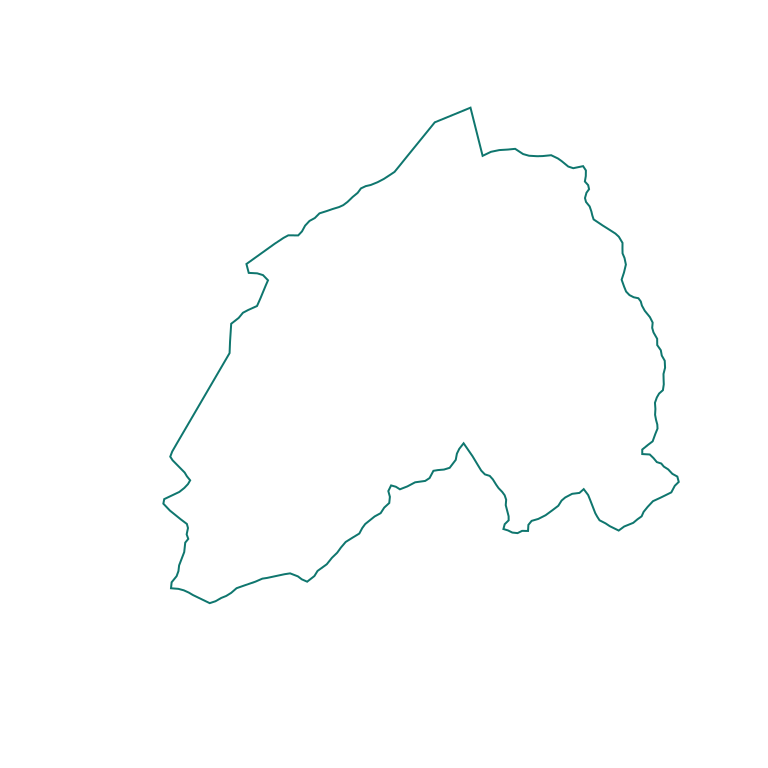 the district of Sucupira do Riachão, Maranhão, Brazil, rotated 68°
{"feature_id": "56859067B5688637877218", "entity_name": "Sucupira do Riachão", "entity_type": "district", "adm_level": 2, "iso_a3": "BRA", "parent_name": "Brazil", "parent_adm1": "Maranhão", "projection": "natural_earth1", "projection_center": [-43.453, -6.435], "detail": "fine", "context": "isolated", "style": "outline", "palette": "teal", "viewbox_px": 768, "rotation_deg": 68, "n_neighbors": 0, "source": "geoboundaries", "source_scale": "gbopen_adm2", "svg_char_len": 3225}
<svg xmlns="http://www.w3.org/2000/svg" viewBox="0 0 768 768"><g transform="rotate(68 384 384)"><path d="M556.3,250.7L558.2,243.6L556.3,238.2L563.4,236.3L568.9,236.3L582.9,236.5L586.9,236.0L591.1,235.2L596.2,230.8L600.4,227.9L607.8,221.3L606.1,214.7L606.1,209.4L606.1,204.9L604.4,199.7L603.2,194.7L599.8,191.2L596.7,185.6L593.4,178.5L593.0,170.4L592.6,164.7L592.1,158.2L587.3,152.5L585.2,147.4L579.7,146.7L575.3,150.3L569.6,152.5L565.4,155.5L561.6,156.7L558.6,160.3L553.6,161.9L548.9,164.0L545.7,170.8L541.5,169.1L539.4,162.3L537.8,156.4L531.8,151.0L527.8,147.1L524.0,145.8L519.1,145.2L514.1,144.2L508.8,141.7L502.9,139.8L498.7,136.1L495.9,132.5L494.2,127.7L489.1,124.7L484.4,123.0L479.4,121.1L474.2,117.3L467.6,115.0L461.7,115.8L456.4,114.7L450.3,116.1L444.4,113.8L437.1,114.8L432.4,114.3L427.7,111.9L421.6,112.4L413.8,114.8L407.9,115.5L403.7,115.0L399.8,116.0L397.1,120.0L393.5,123.1L389.0,124.9L383.6,124.9L376.3,124.6L370.5,119.7L363.9,115.0L357.3,113.8L352.3,113.9L347.6,112.1L342.5,110.0L335.4,111.1L331.2,113.1L323.6,118.5L318.9,121.9L309.9,128.0L305.7,127.7L301.8,127.1L296.4,126.8L290.9,128.5L286.9,128.0L282.5,124.6L280.2,120.9L276.1,120.2L271.5,121.9L266.8,119.0L261.6,116.8L256.6,117.8L254.8,127.7L251.4,131.7L243.7,135.9L240.0,138.3L234.5,143.3L232.1,151.5L230.2,156.6L226.7,164.0L222.9,168.9L215.1,174.3L213.0,181.4L210.3,189.5L208.8,197.8L209.4,207.1L160.2,200.3L160.4,238.9L182.1,278.2L187.9,288.6L191.3,294.8L192.5,300.7L193.8,307.3L194.5,314.4L194.5,321.8L193.7,326.8L194.0,332.1L196.9,336.8L198.8,342.9L201.5,349.6L202.9,354.8L203.1,359.4L202.5,366.2L202.2,372.1L201.6,379.9L204.2,386.0L204.9,392.0L207.6,397.8L211.8,402.9L214.1,407.9L212.0,412.9L210.3,417.1L210.9,422.5L213.0,432.8L221.2,466.6L230.3,467.8L233.9,460.1L237.7,455.4L244.4,452.7L248.0,456.4L253.7,462.0L258.2,466.4L264.1,472.5L264.5,482.1L265.1,488.1L268.3,494.0L270.9,503.1L287.1,510.9L297.5,515.6L340.7,571.4L361.5,598.3L367.3,605.7L371.3,609.4L375.5,608.6L391.4,602.0L395.8,601.3L400.7,599.8L403.4,603.3L405.6,608.1L407.4,614.2L408.4,630.9L412.3,633.4L421.2,629.9L433.6,623.0L439.9,619.2L444.1,619.7L449.5,623.3L454.3,623.5L456.6,627.7L465.0,632.2L475.4,641.9L480.5,644.7L484.5,648.3L488.3,655.2L493.6,658.0L496.9,651.4L500.3,646.9L504.3,643.1L508.1,640.2L521.9,627.7L522.3,621.6L521.4,615.0L521.4,609.7L520.4,603.9L518.1,597.2L518.5,588.5L519.1,577.3L518.9,569.7L520.0,565.1L523.1,547.5L524.4,542.0L530.1,535.9L534.3,533.4L538.5,529.3L536.0,520.5L532.4,515.6L529.7,504.6L525.6,497.3L522.9,490.6L519.5,485.2L516.1,478.7L514.7,470.8L513.4,462.9L509.4,458.1L506.8,453.9L503.3,442.3L502.5,435.5L498.7,430.1L496.3,423.7L490.8,420.8L484.9,420.1L480.7,415.4L483.7,411.5L487.6,408.7L487.7,400.7L486.8,392.0L489.3,382.1L488.3,377.0L483.0,370.7L484.0,366.3L485.8,360.4L486.3,354.5L481.2,345.9L475.9,342.5L472.3,338.5L468.8,332.4L484.0,329.0L494.0,327.4L500.7,326.3L505.6,324.3L508.8,320.4L513.2,318.8L519.5,317.7L523.4,316.8L528.4,314.8L532.4,313.8L537.1,314.1L541.9,316.5L553.3,318.0L557.1,319.5L559.2,324.6L563.2,327.6L566.2,323.9L569.8,320.7L572.3,316.0L571.9,311.0L574.2,305.5L568.7,302.9L566.2,298.4L566.9,291.5L566.2,283.3L564.2,275.4L562.2,268.0L558.6,263.0L557.1,258.5L556.3,250.7Z" fill="none" stroke="#0f766e" stroke-width="2"/></g></svg>